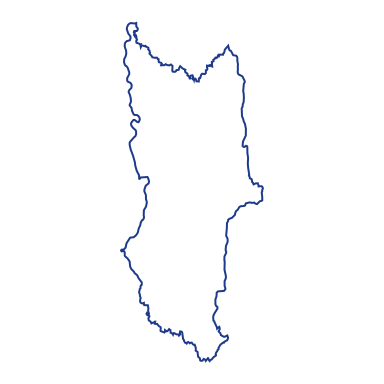 outline of El Bagre, Antioquia, Colombia
{"feature_id": "7082276B39808247222267", "entity_name": "El Bagre", "entity_type": "district", "adm_level": 2, "iso_a3": "COL", "parent_name": "Colombia", "parent_adm1": "Antioquia", "projection": "equal_earth", "projection_center": [-74.693, 7.698], "detail": "fine", "context": "isolated", "style": "outline", "palette": "blue", "viewbox_px": 384, "rotation_deg": 0, "n_neighbors": 0, "source": "geoboundaries", "source_scale": "gbopen_adm2", "svg_char_len": 5939}
<svg xmlns="http://www.w3.org/2000/svg" viewBox="0 0 384 384"><path d="M228.1,338.0L227.3,335.5L224.6,336.8L223.7,336.7L220.9,335.1L220.5,333.5L218.6,331.4L219.6,329.5L219.7,328.3L219.3,326.9L218.1,327.6L217.1,328.6L216.9,327.3L214.5,322.2L214.3,321.3L213.5,320.7L213.2,317.7L213.3,316.0L214.2,313.8L217.4,308.7L217.4,306.8L216.2,306.1L215.4,304.2L215.4,299.6L216.5,296.3L216.7,292.7L217.9,291.4L224.0,290.9L225.3,289.3L225.4,288.5L224.6,285.8L224.6,281.0L225.8,278.5L225.9,276.0L224.5,269.8L224.7,261.2L224.4,260.8L224.4,258.2L224.5,256.3L226.1,253.1L226.2,251.4L225.7,250.7L225.7,249.1L226.0,245.9L227.5,242.2L227.7,240.8L227.5,238.4L226.3,236.2L226.2,235.3L226.8,228.6L227.0,223.1L228.1,220.9L228.2,219.7L229.6,218.7L231.9,217.9L234.9,214.9L235.3,212.8L236.1,211.0L237.8,209.7L239.2,207.2L240.5,206.3L244.4,205.9L245.1,205.4L245.8,203.4L249.6,202.4L252.0,202.9L254.3,202.6L255.2,203.5L257.0,204.1L259.8,201.3L262.1,200.6L262.3,200.2L262.2,196.5L261.7,192.2L262.2,191.5L262.3,189.6L262.9,188.5L262.7,187.7L262.2,186.7L261.3,186.2L258.6,186.4L258.6,185.7L257.8,183.3L255.7,183.4L253.6,184.4L252.9,182.7L252.1,182.0L252.0,180.6L251.5,179.0L249.9,178.4L249.5,176.3L248.9,175.7L249.2,174.6L248.2,168.2L247.8,163.5L248.1,157.9L247.4,153.1L247.3,146.8L246.8,146.0L245.9,145.8L244.6,146.9L243.9,147.0L242.6,146.0L243.0,141.5L245.8,135.6L245.9,128.7L244.9,123.7L243.8,121.6L243.3,119.5L242.0,116.1L241.7,108.4L242.6,106.6L242.8,104.2L243.6,102.2L243.9,98.0L243.7,93.7L243.2,91.2L243.8,84.0L244.8,81.9L244.5,80.5L242.4,76.4L240.3,75.2L239.4,75.0L238.0,73.6L237.7,72.0L237.9,68.8L237.8,65.6L238.0,64.5L237.3,60.6L237.4,58.6L237.1,56.9L236.2,55.7L233.2,55.2L231.0,51.0L229.9,50.5L229.2,49.7L228.2,45.7L224.8,49.7L224.3,52.2L223.7,53.3L223.2,53.6L223.1,54.7L219.1,54.7L219.3,55.3L219.0,56.2L217.9,55.7L217.4,57.5L215.7,57.6L215.8,58.2L214.8,58.5L214.2,59.3L213.4,59.7L213.5,61.2L212.1,61.7L212.1,62.6L211.8,62.6L212.2,66.5L210.9,66.0L211.4,65.3L211.2,65.0L209.6,65.1L209.6,65.9L209.1,66.1L207.0,65.6L206.9,66.9L207.4,68.6L207.1,69.7L206.5,70.3L205.9,70.3L205.8,73.1L204.8,74.1L202.2,73.7L201.3,74.5L200.1,78.1L199.4,78.0L198.9,78.5L198.8,81.5L196.4,81.3L195.9,79.4L195.3,78.6L194.3,78.6L194.0,80.1L193.6,79.0L193.2,79.5L192.7,79.3L192.5,78.5L193.0,76.4L192.5,75.3L190.6,75.7L189.9,77.5L190.4,78.3L190.0,78.6L189.5,78.1L189.0,76.3L187.4,75.4L187.6,74.1L186.5,72.8L185.5,72.5L185.0,70.9L185.4,69.8L182.6,68.5L180.2,66.2L179.2,67.9L178.6,69.9L176.5,70.1L175.9,71.3L175.0,71.8L172.9,71.7L172.3,70.8L172.5,65.9L170.9,64.5L169.4,65.4L167.0,65.0L165.7,64.2L164.1,65.3L163.1,65.1L161.0,65.4L160.9,65.2L161.7,64.5L161.9,63.7L161.2,62.9L158.8,62.1L158.5,59.1L157.7,59.0L157.4,58.2L156.8,57.6L154.9,57.8L152.3,57.3L151.7,56.0L149.5,53.6L150.0,52.5L149.6,51.9L149.5,50.6L148.2,49.4L148.5,48.2L148.3,47.7L146.4,46.8L145.5,45.9L145.1,46.3L142.4,45.5L141.4,45.7L140.8,47.1L140.5,45.7L140.8,44.5L140.3,44.7L140.1,44.2L138.7,43.5L136.5,42.8L136.2,41.3L136.5,40.2L137.0,39.8L136.5,38.6L136.3,36.3L135.6,34.8L134.6,34.5L134.5,35.7L134.0,34.9L134.8,32.4L134.4,32.0L134.0,32.6L133.8,32.2L134.3,31.0L136.8,31.0L137.8,29.4L137.7,28.3L136.3,26.5L136.2,23.0L134.7,23.5L131.1,23.1L129.7,23.4L128.1,24.8L126.9,27.7L126.8,29.1L128.2,33.4L130.3,36.2L130.6,38.0L129.8,40.3L126.6,41.2L125.3,42.6L124.8,43.9L124.7,46.5L126.1,50.7L126.3,53.5L125.6,56.4L124.2,59.1L124.0,62.2L125.1,65.3L126.8,66.5L127.8,68.1L129.3,72.6L129.2,74.3L127.1,78.3L127.3,80.9L127.7,81.6L130.0,82.6L131.1,83.6L131.7,85.1L131.4,87.9L129.2,90.2L128.6,91.8L130.1,95.5L130.9,99.4L130.9,101.9L129.7,104.7L129.7,105.5L131.5,107.8L132.1,111.0L133.6,114.3L134.4,114.9L137.0,115.1L138.3,115.9L139.4,117.5L139.8,119.4L139.0,121.6L138.2,122.2L137.4,122.1L134.6,119.9L133.4,120.0L131.7,122.1L131.1,123.2L131.1,124.8L131.7,126.1L132.9,127.7L135.7,130.3L136.1,131.5L136.1,134.3L135.3,136.3L134.2,137.1L130.0,141.9L129.6,143.0L129.7,145.1L130.7,149.5L133.0,155.6L134.9,162.4L135.3,165.7L136.7,170.7L139.0,175.2L139.2,178.7L139.6,178.9L140.7,177.5L147.3,177.0L147.7,177.3L148.6,179.5L149.0,181.7L148.6,183.4L145.7,185.7L144.4,189.6L144.4,191.5L145.9,195.0L146.0,199.1L146.7,201.5L146.8,202.7L146.0,206.6L143.9,210.2L143.7,215.3L144.0,217.2L143.7,218.6L142.8,219.9L142.0,220.3L140.8,222.4L140.2,225.4L138.7,228.6L137.8,232.6L137.2,233.6L135.9,235.4L133.7,237.2L130.1,237.7L126.5,243.3L125.6,247.7L123.6,249.6L121.7,249.7L121.1,250.3L121.2,250.9L121.7,251.4L123.7,251.0L124.3,251.4L124.7,252.4L124.7,255.2L125.0,256.2L127.7,258.6L129.6,261.4L130.2,266.8L131.6,269.4L133.8,271.5L134.6,273.1L137.2,275.2L138.6,278.3L141.7,282.3L141.8,283.7L141.6,285.1L141.0,285.4L140.5,286.3L140.5,288.3L139.8,289.0L139.1,292.2L139.9,294.8L139.9,296.0L140.7,297.9L140.2,299.3L140.1,301.6L140.5,302.5L141.4,303.2L142.6,303.4L143.9,302.9L143.9,304.3L144.2,305.1L147.9,305.3L148.4,308.5L148.1,311.1L149.0,313.7L148.7,314.3L148.1,314.5L146.9,313.1L146.5,313.9L147.5,315.3L148.6,315.4L149.3,315.9L149.3,316.6L148.4,318.3L148.7,320.2L150.7,321.8L151.4,323.4L152.8,322.7L153.9,322.6L154.6,321.7L155.1,321.7L154.6,323.0L154.7,323.7L155.7,324.0L157.0,323.8L158.7,325.9L160.6,327.2L160.8,327.8L160.5,330.6L160.7,331.1L164.4,332.5L164.9,331.8L165.0,330.1L166.8,331.4L168.1,330.6L169.1,329.1L170.5,330.2L170.6,332.8L172.3,333.4L173.0,334.7L173.6,333.1L174.2,333.1L176.5,334.4L178.5,334.4L179.0,335.6L180.1,334.5L179.9,332.5L180.1,331.4L181.7,331.7L182.3,333.0L183.1,339.0L183.8,339.8L184.2,341.3L185.3,342.9L186.2,342.9L186.7,343.5L187.3,342.5L188.3,342.0L189.8,343.3L190.7,342.7L191.7,342.6L192.9,344.3L193.9,344.9L194.7,344.7L195.8,347.9L195.7,350.7L197.5,351.8L198.1,356.7L199.8,358.2L200.2,360.4L201.3,360.9L202.6,360.5L203.7,358.9L205.1,359.6L205.7,360.9L208.0,358.1L208.4,358.4L208.5,359.6L209.7,361.0L210.2,360.1L211.8,359.4L213.2,357.5L216.0,355.4L215.7,354.0L216.2,352.4L217.3,351.1L217.7,349.8L218.5,349.3L218.6,347.7L220.5,344.6L222.8,342.8L223.9,342.7L224.2,341.8L227.2,340.3L228.1,338.0Z" fill="none" stroke="#1e3a8a" stroke-width="2"/></svg>